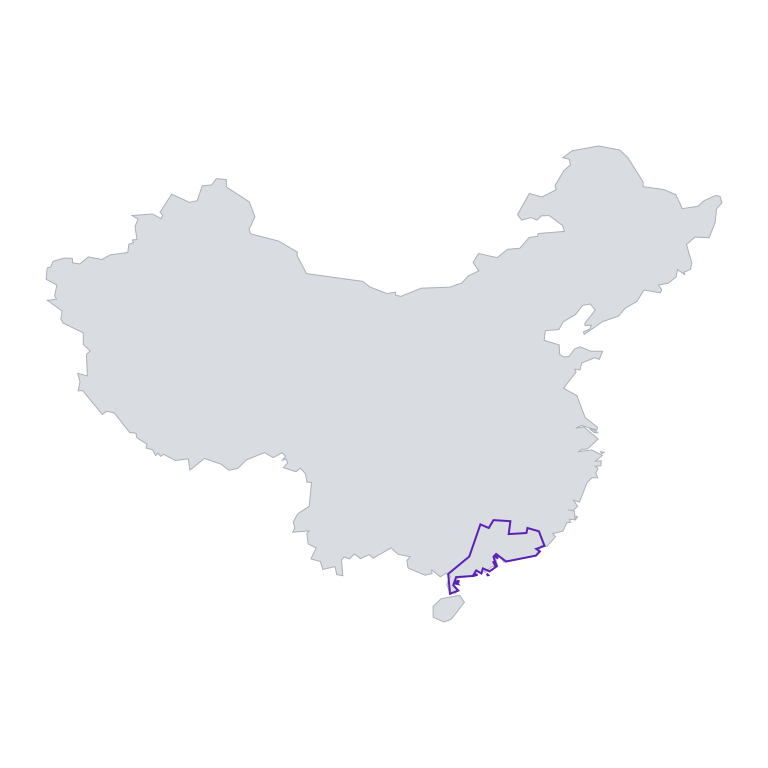 Guangdong on a map of China (Albers equal-area conic projection)
{"feature_id": "CHN-1180", "entity_name": "Guangdong", "entity_type": "Province", "adm_level": 1, "iso_a3": "CHN", "parent_name": "China", "parent_adm1": "", "projection": "albers", "projection_center": [112.97, 22.878], "detail": "coarse", "context": "in_parent", "style": "outline", "palette": "violet", "viewbox_px": 768, "rotation_deg": 0, "n_neighbors": 0, "source": "natural_earth", "source_scale": "10m", "svg_char_len": 4374}
<svg xmlns="http://www.w3.org/2000/svg" viewBox="0 0 768 768"><path d="M424.9,575.2L408.1,568.0L406.9,560.5L410.1,556.8L398.0,554.2L391.0,547.9L373.1,558.2L369.2,554.6L360.6,558.7L354.3,554.0L349.4,558.9L344.1,557.0L341.5,560.1L342.9,575.7L336.7,574.6L335.1,566.6L322.7,569.4L320.4,561.5L310.9,558.9L316.2,548.0L308.2,543.9L306.8,533.7L309.1,530.9L292.6,532.2L294.9,527.9L293.2,522.1L297.8,513.7L309.2,506.3L311.5,482.4L307.1,482.2L305.4,473.7L300.5,468.2L295.9,471.7L283.3,467.6L287.6,463.1L286.2,458.9L282.4,460.2L285.6,456.0L281.9,452.8L273.3,457.6L264.4,452.6L246.4,459.9L237.8,468.4L228.9,470.2L220.9,464.1L204.4,458.5L189.9,470.1L188.3,458.8L175.4,460.5L163.7,454.3L160.7,456.3L157.9,453.1L155.6,455.6L152.7,449.8L146.0,448.0L147.2,444.3L136.7,437.7L136.0,433.2L129.6,432.4L114.3,412.9L106.8,411.2L102.3,414.5L82.6,390.5L78.2,390.9L80.0,381.9L77.7,373.4L87.4,375.9L86.4,354.2L90.2,351.0L83.3,344.4L83.2,332.8L63.1,323.1L60.9,319.2L62.1,311.0L47.3,300.3L56.5,299.2L54.7,295.7L56.8,285.0L46.1,279.3L47.2,267.9L50.7,267.0L53.2,261.3L64.0,258.1L72.3,258.3L72.6,262.8L79.8,264.0L88.4,256.9L101.9,259.5L110.1,254.9L127.8,252.5L128.8,244.3L133.5,242.6L132.4,240.0L137.0,239.5L135.0,226.6L138.1,219.1L132.1,215.5L152.7,214.0L161.0,218.7L162.7,215.1L160.0,212.3L171.7,194.2L189.3,202.3L197.2,200.8L202.2,185.9L211.7,184.9L216.4,178.7L226.2,179.5L226.7,187.2L249.4,202.0L254.9,216.9L249.0,229.4L250.7,233.9L278.7,241.1L297.5,252.2L296.9,255.2L306.5,273.6L362.8,281.4L369.8,286.9L386.8,293.5L395.6,292.3L395.5,295.2L400.8,296.4L421.2,288.2L449.9,287.2L461.8,283.0L468.6,275.7L478.9,271.0L473.1,262.5L478.6,253.5L497.1,257.7L507.6,249.3L519.8,248.3L529.1,237.5L537.4,236.3L538.4,233.5L564.5,231.4L562.6,225.5L549.2,215.6L541.4,215.8L537.1,220.1L530.7,217.6L521.6,220.1L517.5,214.6L529.3,193.5L541.9,197.0L556.2,189.7L555.0,185.6L563.7,170.9L570.5,164.7L569.2,159.2L562.9,157.7L572.2,150.7L598.7,146.0L619.9,150.1L627.7,157.4L643.0,181.8L643.1,186.7L664.0,189.6L675.8,194.7L682.3,208.6L697.9,206.3L704.3,200.5L715.9,195.5L720.0,196.4L721.9,202.9L716.5,208.9L715.1,222.5L709.1,237.8L695.1,237.1L686.5,244.4L691.8,262.9L690.5,269.3L683.7,272.4L685.1,274.8L677.5,269.6L676.1,277.0L668.1,283.3L658.4,285.0L661.7,289.7L660.4,292.8L644.0,290.0L636.8,301.5L624.9,308.4L618.5,316.1L602.6,321.6L584.2,334.4L583.4,331.9L589.8,329.0L591.2,325.2L585.0,325.5L584.8,323.4L595.3,310.0L590.1,304.0L582.7,305.4L575.3,314.7L563.3,321.7L558.9,329.5L545.3,330.7L544.2,340.3L559.1,344.9L559.7,354.5L563.6,357.0L569.1,356.5L574.5,349.1L580.1,346.8L590.7,351.2L602.6,351.3L599.3,359.3L594.5,357.8L581.7,363.0L580.0,370.0L574.7,369.2L576.0,372.2L563.5,388.3L576.9,395.6L585.1,417.5L597.5,427.4L596.8,430.2L581.5,425.4L575.8,428.1L583.9,427.0L598.2,439.0L587.3,449.0L581.8,449.3L578.8,451.5L591.8,450.0L602.3,455.4L595.5,461.2L601.2,460.8L600.9,465.8L595.1,466.2L598.1,468.5L595.8,473.0L597.7,477.8L592.0,477.7L587.2,482.4L579.4,502.1L573.6,500.2L577.6,506.4L572.5,510.6L568.3,509.8L574.5,511.2L574.9,519.8L569.2,519.2L570.7,522.2L566.8,522.7L563.0,531.1L552.7,533.6L555.5,536.7L547.0,546.2L541.1,545.6L535.6,555.6L503.9,562.2L497.4,553.9L495.0,556.6L497.9,566.2L491.9,566.5L485.3,572.5L482.4,569.7L481.6,573.0L476.9,571.5L472.4,575.5L456.8,578.4L453.3,583.9L457.9,590.0L455.7,593.1L449.6,592.0L446.8,584.2L450.5,576.3L445.8,573.3L440.3,576.9L431.7,569.9L431.9,573.7L424.9,575.2ZM459.7,595.4L464.4,602.2L451.5,619.0L444.1,622.0L433.2,617.3L433.1,606.5L441.2,598.6L459.7,595.4ZM598.2,433.0L594.0,432.5L590.1,429.1L593.1,429.6L598.2,433.0ZM604.6,452.5L601.4,453.5L600.6,451.7L604.6,452.5ZM577.5,516.8L575.9,519.2L576.0,516.2L577.5,516.8ZM455.0,583.1L458.2,582.1L457.9,583.7L455.0,583.1Z" fill="#d9dde1" stroke="#a8b0b8" stroke-width="1"/><path d="M506.1,561.5L496.1,554.0L493.5,556.7L497.0,567.2L492.9,561.3L495.9,566.9L489.6,571.4L482.9,568.4L481.4,573.5L476.2,570.4L472.8,576.0L456.1,577.1L453.3,585.3L458.2,590.6L450.0,593.8L448.2,573.9L469.3,556.5L480.4,524.4L488.8,528.0L493.5,520.1L510.4,521.2L508.7,534.1L526.4,533.0L527.5,528.0L538.9,531.3L544.5,545.9L536.2,548.9L539.9,551.4L536.0,555.6L506.1,561.5ZM456.4,581.8L458.1,584.1L454.5,583.4L456.4,581.8ZM486.9,573.6L488.2,575.2L487.6,575.3L486.9,573.6ZM496.9,556.7L497.9,558.7L495.8,556.8L496.9,556.7ZM475.5,574.4L477.6,574.7L475.1,575.5L475.5,574.4ZM458.6,581.0L458.5,581.7L456.8,580.7L458.6,581.0Z" fill="none" stroke="#5b21b6" stroke-width="2"/></svg>